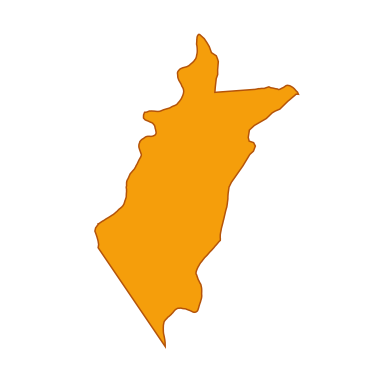 the district of Morne Palama, Choiseul, Saint Lucia, rotated 189°
{"feature_id": "8701671B53815212038994", "entity_name": "Morne Palama", "entity_type": "district", "adm_level": 2, "iso_a3": "LCA", "parent_name": "Saint Lucia", "parent_adm1": "Choiseul", "projection": "robinson", "projection_center": [-61.04, 13.788], "detail": "fine", "context": "isolated", "style": "filled", "palette": "amber", "viewbox_px": 384, "rotation_deg": 189, "n_neighbors": 0, "source": "geoboundaries", "source_scale": "gbopen_adm2", "svg_char_len": 6085}
<svg xmlns="http://www.w3.org/2000/svg" viewBox="0 0 384 384"><g transform="rotate(189 192 192)"><path d="M209.6,348.8L210.1,348.7L210.3,348.5L210.6,347.9L211.0,347.0L211.2,346.0L211.2,345.1L211.1,344.1L211.1,343.2L211.0,342.8L210.8,340.9L210.7,339.4L210.6,338.8L210.5,338.3L210.2,337.7L209.9,336.8L209.7,336.1L209.3,334.5L209.1,333.4L208.9,332.4L208.8,331.6L208.7,330.8L208.7,329.8L208.7,328.9L208.8,328.2L208.8,327.3L208.8,326.3L208.9,325.8L209.1,324.6L209.5,323.6L209.9,323.0L210.1,322.5L210.5,321.7L211.1,320.8L211.5,320.3L212.3,319.3L212.6,319.0L212.9,318.6L213.6,317.9L213.7,317.7L214.2,317.0L215.0,316.2L215.8,315.6L216.8,314.9L219.3,313.8L220.5,313.3L221.6,312.6L222.1,312.3L222.4,312.1L223.4,311.2L224.7,309.0L224.9,308.2L225.0,307.2L224.8,306.6L224.4,305.1L224.2,304.2L224.1,303.6L223.8,302.7L223.1,301.4L222.6,300.5L221.9,299.6L219.7,296.9L219.2,296.1L218.6,295.0L217.9,294.2L216.8,292.7L216.2,291.1L215.9,289.9L215.9,288.9L215.9,288.0L216.0,287.1L216.2,286.1L216.3,285.5L216.6,284.6L216.8,283.7L217.1,282.7L217.5,281.7L218.0,280.7L218.5,279.7L219.7,277.9L219.9,277.4L220.1,277.1L220.6,276.3L221.2,275.7L222.0,275.1L222.6,274.7L223.3,274.3L224.2,273.8L225.1,273.2L227.2,271.5L230.4,270.0L233.1,268.7L235.5,267.2L236.7,266.6L237.9,266.3L238.5,266.2L238.9,266.1L239.5,266.1L241.1,266.0L241.7,266.0L242.6,265.9L243.5,265.8L244.7,265.7L245.5,265.5L246.5,265.4L247.7,264.8L248.4,264.3L249.4,263.8L249.9,263.6L251.3,263.3L251.9,260.6L251.8,259.6L251.5,257.5L249.7,256.0L248.4,255.6L247.3,255.4L246.1,255.1L244.8,254.7L243.6,254.4L242.7,254.2L242.1,254.0L241.6,253.8L240.7,253.0L240.0,252.4L239.3,251.6L239.0,251.0L238.8,250.5L238.3,249.1L237.8,248.1L237.5,247.3L237.2,246.5L236.9,245.6L236.7,245.0L236.7,244.1L236.9,243.5L237.3,242.7L237.8,242.1L238.2,241.9L238.8,241.5L239.4,241.1L239.9,240.9L241.1,240.5L242.2,240.4L242.5,240.4L243.5,240.2L244.0,240.2L244.9,239.9L245.4,239.7L245.7,239.6L246.2,239.3L246.7,238.9L247.1,238.5L247.6,238.1L248.3,237.2L249.1,236.7L249.8,236.0L250.1,235.7L250.6,234.9L251.4,233.6L251.4,232.8L251.6,232.0L251.8,230.9L251.8,230.3L251.7,229.2L251.6,228.6L251.4,227.8L250.4,225.7L250.0,225.0L248.5,222.2L248.0,221.4L247.8,220.2L247.9,219.7L248.2,218.4L249.2,215.8L249.7,214.2L250.1,212.8L250.5,211.3L250.9,210.3L251.4,209.0L251.7,207.7L252.0,207.1L252.5,205.7L253.4,204.3L253.8,203.7L254.4,202.7L255.9,200.3L257.2,195.3L257.3,195.0L257.5,194.6L257.6,194.3L257.9,193.4L258.0,192.8L258.1,192.3L258.1,191.9L258.1,191.4L258.1,191.0L257.8,189.0L257.7,188.6L257.6,188.1L257.6,187.8L257.7,187.3L257.7,186.7L257.7,186.3L257.6,186.0L257.5,185.6L257.3,185.0L257.1,184.5L257.0,184.0L257.0,183.6L256.9,183.3L256.8,182.6L256.7,182.3L256.7,181.9L256.7,181.5L256.6,181.0L256.6,180.5L256.6,180.2L256.5,179.7L256.5,179.2L256.4,178.9L256.4,178.4L256.3,178.1L256.3,177.6L256.2,177.3L256.2,176.4L256.3,176.0L256.3,175.6L256.4,175.2L256.5,174.8L256.5,174.5L256.7,173.4L256.8,173.0L256.9,172.7L256.9,172.2L257.0,171.7L257.0,171.3L257.2,170.5L257.2,170.1L257.3,169.6L257.5,169.2L257.6,168.9L257.7,168.6L257.8,168.2L258.0,167.9L258.1,167.6L258.3,167.2L258.6,166.9L258.8,166.5L259.0,166.2L259.5,165.7L259.6,165.4L259.9,165.2L260.1,164.9L260.4,164.6L260.6,164.4L260.8,164.2L261.1,163.8L261.4,163.6L261.6,163.2L262.0,162.7L262.2,162.4L262.4,162.1L262.6,161.8L262.8,161.5L263.0,161.2L263.7,160.4L264.0,160.1L264.3,159.7L264.5,159.4L265.1,158.8L265.4,158.4L265.7,158.1L265.9,157.8L266.2,157.5L266.4,157.3L266.7,157.1L267.2,156.7L269.5,154.6L269.8,154.4L270.0,154.2L270.5,153.7L270.8,153.5L271.3,153.1L271.8,152.7L272.3,152.3L272.5,152.1L272.8,151.9L273.2,151.5L273.4,151.3L274.1,150.6L274.7,150.1L275.0,149.8L275.2,149.6L275.5,149.5L275.8,149.3L276.3,148.8L276.6,148.5L276.9,148.2L277.2,148.0L277.5,147.7L278.5,146.7L278.7,146.4L279.7,145.9L279.4,145.5L279.9,144.8L281.6,141.4L281.8,138.2L280.5,135.9L279.0,133.1L277.2,129.2L276.0,125.5L276.0,122.3L194.3,35.2L194.5,36.4L194.8,37.8L195.0,39.1L195.4,40.5L195.8,41.9L196.7,44.5L197.2,45.8L197.8,47.3L198.1,48.2L198.5,49.8L198.6,50.5L198.8,51.5L199.1,53.2L199.2,54.3L199.4,55.5L199.4,56.9L199.4,57.2L199.3,59.2L199.0,60.1L198.3,61.5L197.0,63.3L196.4,64.4L195.3,65.5L194.9,66.0L193.5,67.7L192.7,69.0L192.2,69.6L191.6,70.7L191.2,71.4L190.5,72.5L189.9,73.3L188.6,74.4L187.9,74.9L187.1,75.1L186.1,75.3L184.8,75.6L182.8,75.4L180.1,75.6L179.0,75.3L177.0,74.9L175.5,74.6L173.7,74.1L172.3,73.6L171.1,73.5L170.0,73.8L169.3,74.1L168.5,74.9L168.0,75.5L167.7,76.6L167.4,78.3L167.2,80.2L167.0,81.7L166.8,83.1L166.5,84.5L166.3,86.3L166.0,88.8L166.1,90.8L166.6,93.1L166.8,94.9L167.1,96.8L167.5,98.6L168.0,100.0L168.8,102.0L170.4,104.0L171.3,105.4L172.2,106.5L172.9,107.9L173.5,109.0L174.0,109.9L174.4,110.8L174.9,111.3L175.3,112.1L175.4,112.8L175.4,114.0L175.2,115.4L174.7,117.5L174.1,119.5L173.8,120.0L173.2,121.8L172.5,123.4L171.5,125.0L170.9,126.2L170.0,127.8L169.3,129.1L168.5,130.2L167.5,131.5L166.3,133.4L165.1,135.4L163.5,137.6L161.7,140.4L160.7,142.2L159.8,143.5L159.0,144.8L158.0,146.5L157.4,147.5L156.9,148.1L156.5,148.6L156.7,150.3L157.0,151.3L157.2,152.8L157.4,154.3L157.4,156.3L157.3,158.7L157.3,160.5L157.1,162.6L156.9,164.6L156.7,166.7L156.6,168.4L156.4,170.1L155.9,177.2L155.7,179.6L155.5,181.2L155.3,182.6L155.3,184.2L155.3,186.3L155.4,187.6L155.4,188.7L155.5,190.9L155.7,192.1L155.9,193.8L156.1,196.5L156.2,202.6L154.6,207.8L145.8,225.8L140.8,238.1L137.7,242.0L136.6,247.3L138.9,250.4L143.5,251.2L145.0,254.7L145.0,262.2L140.8,267.5L130.1,276.2L125.1,282.8L122.4,285.0L118.2,287.6L111.4,296.8L110.3,298.0L107.4,301.4L105.5,303.6L104.6,304.8L102.5,305.2L102.2,305.2L103.4,307.1L105.0,308.2L107.1,310.0L108.9,311.1L111.5,312.1L112.6,312.3L114.5,312.3L115.7,311.8L118.1,309.5L119.5,308.6L121.3,307.2L122.3,306.8L122.8,306.7L123.5,307.1L125.8,307.1L128.3,307.3L130.6,307.3L132.5,307.9L133.7,307.3L135.8,306.2L136.9,305.6L139.5,305.2L141.5,304.6L142.4,304.5L143.9,303.9L145.8,303.2L146.8,303.0L185.0,294.0L185.4,299.1L185.8,307.8L185.0,312.0L185.8,316.7L186.4,324.9L187.5,327.2L189.3,330.3L192.2,331.6L194.6,332.7L197.7,338.3L200.4,341.6L203.9,345.4L209.0,348.7L209.6,348.8Z" fill="#f59e0b" stroke="#b45309" stroke-width="1.5"/></g></svg>